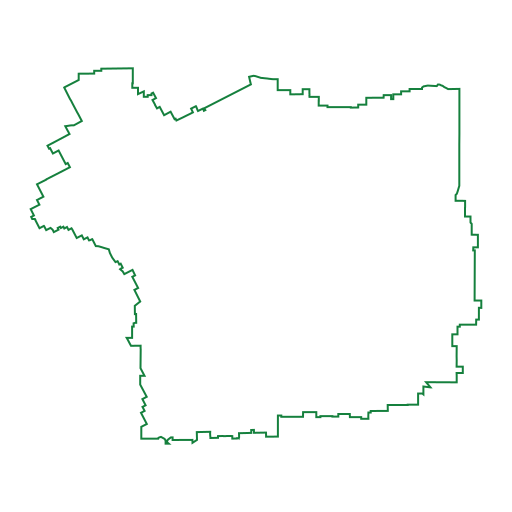 outline of Quairading, Western Australia, Australia
{"feature_id": "25037944B17943761568072", "entity_name": "Quairading", "entity_type": "district", "adm_level": 2, "iso_a3": "AUS", "parent_name": "Australia", "parent_adm1": "Western Australia", "projection": "orthographic", "projection_center": [117.41, -32.015], "detail": "fine", "context": "isolated", "style": "outline", "palette": "green", "viewbox_px": 512, "rotation_deg": 0, "n_neighbors": 0, "source": "geoboundaries", "source_scale": "gbopen_adm2", "svg_char_len": 5566}
<svg xmlns="http://www.w3.org/2000/svg" viewBox="0 0 512 512"><path d="M141.3,438.7L158.1,438.7L158.1,438.2L159.1,437.5L161.0,436.9L164.6,438.9L165.6,440.6L165.6,443.7L168.8,443.7L167.1,442.3L167.2,440.4L167.6,440.2L168.0,439.6L170.9,437.4L172.6,437.4L172.6,440.0L192.4,439.9L192.5,442.8L197.0,439.9L196.8,432.1L210.2,431.8L210.1,433.7L210.2,435.2L210.2,435.8L210.4,437.0L210.4,438.0L218.0,437.8L218.0,436.1L223.1,436.0L223.3,436.1L224.7,436.1L225.8,436.1L226.8,436.0L228.6,436.0L229.3,436.0L229.9,436.0L231.2,436.0L232.3,436.1L232.3,438.6L236.9,438.5L236.9,438.2L238.7,438.1L238.8,438.2L238.9,437.8L239.0,437.7L239.1,437.3L239.1,436.9L239.0,433.2L251.3,432.9L251.2,430.0L253.9,429.9L254.0,432.8L265.8,432.6L266.0,432.6L266.1,436.7L277.9,436.6L277.9,415.5L281.3,415.5L281.3,416.8L303.0,416.8L303.1,412.1L316.3,412.1L316.3,417.1L320.4,417.1L320.4,416.1L330.8,416.1L331.6,416.1L332.4,416.1L332.4,416.6L338.3,416.6L338.3,414.0L349.8,414.0L349.9,417.1L361.2,417.1L361.2,418.8L368.4,418.8L368.3,416.6L368.4,412.5L370.7,412.5L370.7,411.0L387.8,410.9L387.7,405.0L407.7,405.0L407.7,404.7L418.1,404.7L418.1,393.5L422.3,393.5L423.4,394.4L423.4,386.5L428.2,387.1L429.9,387.3L430.2,387.4L430.5,387.4L430.0,386.8L426.1,382.2L428.4,382.2L450.5,382.3L456.7,382.3L456.7,376.0L456.6,373.0L462.8,373.0L462.8,366.7L456.6,366.7L456.7,360.5L456.6,356.2L456.7,346.1L452.3,346.1L452.3,334.3L457.5,334.3L457.5,326.7L459.8,326.7L459.8,324.7L476.1,324.7L476.2,319.6L478.9,319.6L478.9,307.8L481.3,307.9L481.3,300.5L474.6,300.5L474.7,276.4L474.8,250.7L474.8,250.4L473.2,250.4L473.3,247.3L477.9,247.3L477.9,234.8L471.7,234.7L471.7,230.0L471.7,228.5L471.7,227.4L471.7,225.8L471.7,224.0L471.7,223.9L471.6,223.7L471.3,223.3L471.1,223.2L470.8,223.0L470.7,222.8L470.6,222.6L470.5,222.4L470.5,222.2L470.5,216.5L465.0,216.5L465.0,207.5L465.1,207.3L465.1,207.0L465.1,206.8L465.1,206.5L465.1,206.3L465.1,204.9L465.1,200.9L462.3,200.8L456.0,200.8L455.6,200.8L455.6,195.0L456.0,194.6L456.6,194.0L456.8,193.8L456.9,193.5L457.1,193.0L457.8,190.9L458.7,187.8L459.1,186.5L459.2,186.2L459.3,185.8L459.3,185.4L459.3,184.9L459.3,184.5L459.3,182.7L459.3,181.9L459.3,170.5L459.3,161.1L459.3,159.2L459.3,156.5L459.3,152.8L459.3,151.5L459.3,144.5L459.4,134.2L459.4,131.5L459.4,116.3L459.4,113.2L459.4,110.8L459.4,106.0L459.4,99.7L459.4,97.0L459.4,93.2L459.4,91.8L459.4,88.9L448.1,89.1L446.0,87.9L444.7,87.3L444.1,87.0L443.8,86.7L443.5,86.5L443.2,86.2L442.8,86.0L442.4,85.8L442.3,85.7L442.0,85.6L441.4,85.5L440.8,85.2L439.9,84.7L439.7,84.6L438.2,84.5L437.9,84.5L436.9,86.0L436.7,86.1L428.3,85.6L427.8,85.6L427.5,85.6L424.1,86.3L423.9,86.3L423.7,86.3L422.2,87.4L422.1,87.5L422.0,87.8L422.0,89.0L409.6,89.0L409.6,91.3L401.1,91.3L401.1,94.3L393.3,94.3L393.3,99.1L391.1,99.1L391.1,95.1L383.7,95.1L383.6,97.7L366.3,97.8L366.3,99.0L366.3,104.7L358.2,104.7L358.2,107.5L350.8,107.6L350.8,107.1L327.5,107.1L327.5,105.6L318.7,105.6L318.7,100.8L318.7,100.7L318.8,100.7L318.8,99.2L318.8,96.9L310.9,96.9L309.5,96.9L309.4,95.4L309.5,95.0L309.5,94.1L309.4,93.2L309.4,89.2L302.7,89.2L302.7,94.2L295.0,94.3L290.3,94.3L290.3,90.1L277.7,90.1L277.7,79.2L275.4,79.2L273.2,79.2L271.8,79.1L270.2,78.9L269.2,78.8L267.2,78.5L264.1,78.2L262.6,78.0L260.9,77.9L260.7,77.8L258.2,77.0L255.4,76.1L253.5,75.8L249.1,76.8L250.1,81.2L250.7,83.7L250.9,84.4L204.4,108.2L204.5,108.7L204.8,109.4L204.9,109.6L205.1,109.8L205.3,110.1L205.1,110.2L203.9,110.8L203.6,110.0L202.9,108.6L198.0,111.0L197.5,110.0L196.3,106.9L195.9,106.2L191.1,108.6L192.9,112.4L190.0,113.9L186.9,115.4L182.7,117.5L176.4,120.5L175.6,118.7L174.6,119.2L170.6,111.7L164.1,115.2L159.7,106.9L157.0,108.4L155.0,104.9L155.0,104.6L154.9,104.4L152.5,100.0L156.0,98.1L153.1,92.7L151.5,93.5L151.5,95.1L151.4,95.1L147.7,95.1L147.7,96.8L143.8,96.8L143.8,91.4L138.0,94.1L138.0,87.8L132.3,87.8L132.3,83.3L132.8,83.3L132.8,68.3L101.3,68.7L101.3,70.8L94.2,70.8L94.2,73.6L78.7,73.7L78.7,75.9L78.7,79.8L78.7,80.0L64.3,87.4L64.2,87.5L70.0,99.0L70.9,100.4L71.3,101.1L72.4,103.3L77.2,112.4L78.3,114.3L81.8,121.0L73.9,125.3L73.5,125.3L71.9,125.3L70.0,125.5L67.6,125.9L65.3,126.2L67.4,130.2L68.6,132.3L69.0,133.2L69.5,134.0L55.3,141.6L47.5,145.7L49.1,148.7L50.1,148.2L52.9,153.5L58.6,150.5L65.7,164.1L67.7,163.0L69.9,167.2L63.2,170.7L46.4,179.3L46.3,179.6L37.0,184.3L43.4,196.7L37.0,200.0L39.4,204.7L30.7,209.1L33.9,215.5L31.2,216.9L32.2,219.0L34.9,219.0L35.3,219.7L35.2,219.8L39.5,228.2L43.9,225.9L44.1,226.1L46.2,230.1L50.5,227.9L51.8,229.0L52.6,229.7L52.8,230.0L53.8,232.1L58.5,229.7L57.7,228.0L60.2,226.7L60.9,228.0L63.4,226.7L64.3,228.5L67.0,227.0L68.5,229.9L71.5,228.3L72.3,229.5L76.7,238.0L81.8,235.4L83.8,239.3L87.5,237.4L89.0,240.4L89.6,240.3L89.9,240.2L90.2,240.1L91.1,239.7L91.6,239.4L92.2,239.1L92.3,239.2L95.8,246.1L98.1,246.2L98.6,246.3L98.9,246.4L99.4,246.5L100.7,246.9L102.4,247.4L103.9,247.9L108.8,249.3L109.7,252.3L109.8,252.8L110.0,253.2L110.2,253.6L110.4,254.0L111.4,256.0L112.1,257.4L112.7,258.3L113.3,259.1L115.5,262.1L117.6,261.2L118.6,263.0L119.3,264.5L120.7,263.7L122.7,267.7L120.5,268.8L120.1,269.2L120.5,269.5L121.8,270.7L122.1,270.9L122.4,271.1L122.7,271.4L123.0,271.9L124.3,274.1L132.5,269.9L135.1,275.4L132.3,276.8L133.8,279.7L138.1,288.0L134.4,289.9L140.2,301.5L134.8,305.8L134.9,314.1L136.1,314.0L136.2,322.8L135.6,322.8L135.3,322.8L133.6,323.3L133.7,326.6L132.1,326.6L132.1,337.9L126.7,337.9L127.8,339.8L130.0,344.0L131.0,345.8L140.6,345.7L140.6,348.7L140.7,349.0L140.5,368.2L144.5,375.8L140.2,375.8L140.2,384.6L146.7,396.8L142.4,399.1L145.6,405.3L142.5,406.9L144.6,410.9L141.0,412.8L146.8,424.0L141.3,426.8L141.3,438.7Z" fill="none" stroke="#15803d" stroke-width="2"/></svg>